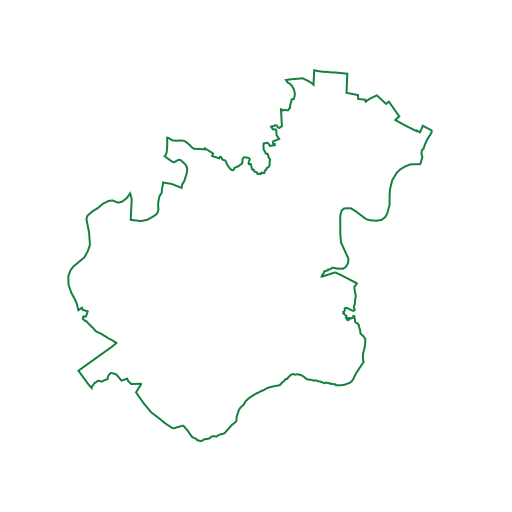 the district of Ardusat, Maramures, Romania, rotated 259°
{"feature_id": "2599482B14412125408944", "entity_name": "Ardusat", "entity_type": "district", "adm_level": 2, "iso_a3": "ROU", "parent_name": "Romania", "parent_adm1": "Maramures", "projection": "natural_earth1", "projection_center": [23.375, 47.634], "detail": "fine", "context": "isolated", "style": "outline", "palette": "green", "viewbox_px": 512, "rotation_deg": 259, "n_neighbors": 0, "source": "geoboundaries", "source_scale": "gbopen_adm2", "svg_char_len": 6086}
<svg xmlns="http://www.w3.org/2000/svg" viewBox="0 0 512 512"><g transform="rotate(259 256 256)"><path d="M427.2,348.6L413.1,345.1L414.8,343.9L417.3,341.3L421.5,335.8L422.9,322.9L423.0,319.0L420.4,320.1L418.8,322.0L416.0,323.8L412.1,325.0L408.5,325.1L407.1,324.9L404.2,323.8L402.9,323.1L402.8,322.4L403.1,321.5L402.8,320.9L396.7,318.0L394.8,317.7L394.5,316.8L393.0,315.4L392.9,315.0L393.2,314.0L394.1,311.8L393.6,310.5L394.5,309.7L395.2,308.5L378.4,306.2L377.3,303.3L377.4,302.8L377.9,302.3L378.9,301.7L380.0,301.4L380.4,300.9L380.7,299.4L380.1,298.0L380.2,296.7L380.1,295.5L377.0,296.8L376.9,297.0L376.6,299.3L375.8,300.0L373.5,299.5L370.6,299.3L366.5,301.1L365.3,294.8L364.3,294.4L362.7,294.4L362.4,294.7L362.3,295.8L361.2,295.6L361.4,290.8L364.3,289.5L365.1,288.1L364.9,286.5L365.2,285.3L364.9,285.0L362.9,284.3L358.4,283.9L357.0,284.7L354.7,285.1L354.3,285.9L354.3,286.5L353.6,287.0L350.0,287.2L348.8,288.1L347.6,288.2L345.6,287.2L343.7,287.1L342.9,286.8L340.9,285.4L340.1,283.2L339.6,282.8L338.6,282.5L338.3,281.2L338.0,280.9L336.0,280.2L335.8,279.6L335.9,279.0L336.8,277.6L335.5,276.3L336.3,275.2L336.0,273.9L336.1,273.4L337.1,272.8L338.2,272.5L339.2,270.5L341.0,270.3L341.4,270.0L341.5,268.9L342.2,268.6L347.2,268.5L347.5,268.0L347.3,267.0L347.4,266.6L347.8,266.5L348.4,266.4L349.6,266.8L351.8,268.3L352.9,268.2L353.3,267.8L354.4,265.9L355.1,263.5L355.0,262.5L353.5,261.2L350.1,260.4L349.0,259.4L348.4,257.5L347.4,256.0L347.0,252.9L346.8,252.2L346.5,251.7L344.7,250.3L344.6,249.8L344.8,248.7L346.2,247.6L349.0,246.0L352.3,244.8L354.8,244.5L355.9,243.6L356.7,241.9L357.3,241.3L359.8,240.6L360.2,239.9L359.9,239.1L358.9,238.5L362.5,232.1L364.8,233.4L371.4,226.5L370.4,226.1L371.9,220.9L373.0,215.6L375.1,213.6L377.7,212.0L380.1,210.1L382.0,208.3L382.9,207.1L383.8,204.2L384.2,200.4L385.2,196.6L386.7,194.5L388.5,192.8L389.1,191.4L381.0,189.9L374.8,188.1L371.8,186.2L371.5,185.4L370.0,186.6L365.4,190.9L363.7,193.0L363.7,193.8L365.0,197.4L365.0,199.3L364.4,200.4L359.3,204.2L356.4,205.1L353.7,204.9L350.1,203.7L345.9,201.3L344.0,200.4L342.1,199.0L341.9,198.5L340.3,197.2L338.9,196.8L337.1,195.9L342.8,187.0L345.9,178.7L343.8,178.2L339.9,176.5L336.8,175.8L335.7,175.2L333.0,172.6L327.8,170.4L323.9,169.5L320.7,169.2L317.6,167.8L315.8,166.1L314.2,162.0L312.4,156.5L312.3,154.5L312.2,149.9L315.4,139.9L335.6,144.9L341.5,144.3L337.6,140.4L334.8,134.8L334.7,130.7L338.0,125.6L338.1,121.5L336.5,115.7L333.4,110.3L331.0,103.9L327.6,98.1L324.6,96.6L310.6,96.6L298.5,95.1L292.7,91.7L287.4,87.3L280.6,74.8L277.3,71.2L272.2,68.0L263.6,66.5L255.2,67.7L246.7,70.3L242.8,71.0L236.7,71.3L238.4,75.3L236.2,75.6L233.8,80.2L229.3,77.8L228.9,76.9L229.6,75.8L229.6,75.2L229.2,74.7L228.2,74.5L227.7,74.0L227.4,74.0L224.8,75.9L224.5,76.8L224.2,77.2L222.1,78.3L215.9,82.6L212.6,84.5L208.5,90.1L207.3,91.1L204.9,93.9L203.3,95.3L201.6,97.7L197.3,102.4L194.6,97.6L177.3,59.8L162.0,67.0L157.8,69.5L159.2,70.0L160.4,71.7L162.0,72.9L162.6,74.9L163.7,76.9L163.6,77.5L162.1,80.9L162.9,83.2L163.5,86.9L165.1,87.3L166.3,88.0L168.4,90.2L168.8,91.3L168.0,93.6L166.4,96.3L159.3,100.2L160.2,106.1L157.9,106.6L154.2,109.0L152.5,118.6L152.0,118.7L145.0,112.2L132.1,118.0L122.4,123.4L114.8,130.2L109.6,134.4L103.2,140.9L102.5,142.7L103.0,145.6L102.9,146.9L103.4,150.3L103.4,151.4L103.1,152.4L97.6,155.6L90.4,158.8L87.8,162.5L86.3,163.2L86.1,164.2L84.8,166.2L84.9,167.4L86.1,171.2L85.7,172.7L85.8,173.3L85.7,174.1L85.9,174.9L85.8,175.7L87.0,177.3L87.3,179.0L87.3,179.8L86.3,182.7L87.1,184.5L87.7,186.8L87.7,189.6L88.1,191.4L95.1,200.4L95.2,201.0L97.0,204.4L98.2,205.4L101.7,206.3L107.9,209.7L110.4,212.1L112.4,215.6L115.3,218.0L117.8,221.9L119.7,226.5L121.4,231.4L121.2,231.8L122.4,235.0L122.8,237.8L124.1,241.5L124.6,244.9L124.6,247.4L124.8,250.7L124.5,252.8L124.7,253.2L124.7,254.8L125.6,255.7L125.9,256.6L126.6,257.0L127.9,259.7L128.7,260.7L129.5,261.2L129.3,263.1L129.8,263.7L130.4,263.9L132.6,267.5L133.0,268.6L132.9,270.1L132.0,271.9L132.1,273.9L130.7,277.1L129.8,278.4L127.9,280.3L126.1,281.6L124.8,283.5L124.3,285.6L122.6,289.1L122.5,289.9L122.6,290.9L121.1,293.3L120.8,294.7L120.1,295.4L118.9,297.9L118.0,299.0L118.4,300.6L117.4,302.7L117.1,304.0L116.4,304.4L116.2,304.9L116.2,306.0L115.3,307.5L115.2,308.9L114.6,309.7L113.9,309.7L113.0,313.8L112.7,318.0L113.7,324.2L115.0,326.4L116.8,328.1L121.9,331.9L131.5,341.4L133.1,341.2L139.4,342.3L145.2,345.1L150.0,346.7L153.5,347.4L156.1,346.5L157.9,345.3L159.6,343.8L163.9,344.0L167.5,343.5L168.6,343.8L170.4,342.9L171.1,341.7L172.4,340.8L173.0,340.7L174.8,341.1L175.9,340.8L178.3,340.9L178.5,340.2L177.0,340.3L177.1,339.3L176.8,338.6L176.8,337.8L176.5,337.5L176.6,336.9L177.3,336.1L175.9,335.1L176.7,334.7L175.7,333.6L176.1,333.3L177.4,334.5L177.7,333.6L177.6,333.4L178.2,333.0L177.9,332.7L178.4,332.4L179.8,333.4L182.8,330.9L183.1,330.8L183.3,331.4L184.4,331.1L184.5,331.6L185.0,332.2L186.1,333.0L187.5,333.0L188.1,334.0L187.3,335.8L183.8,340.5L183.6,341.7L184.0,342.4L185.3,342.8L186.8,342.2L188.3,342.7L189.8,343.8L195.3,345.3L197.3,346.3L205.9,346.4L206.8,346.7L209.9,349.8L221.0,335.9L224.5,331.1L224.7,330.6L224.7,329.4L223.5,319.9L223.2,316.9L223.3,316.5L224.3,317.1L226.7,319.6L227.9,320.0L228.0,321.7L228.4,323.3L228.1,323.7L228.3,324.0L228.9,324.1L228.9,326.8L230.0,328.7L228.0,333.8L226.9,339.0L228.2,342.1L231.4,345.0L235.7,346.2L253.3,342.0L261.1,342.9L279.2,346.3L284.4,348.8L285.9,351.7L284.8,358.1L281.3,362.0L271.0,371.3L269.1,375.3L267.6,381.2L267.5,386.1L269.5,390.2L273.0,393.1L280.8,396.9L290.5,398.8L296.8,400.6L304.5,404.3L310.6,409.8L313.4,413.9L315.3,419.0L316.5,425.2L314.8,434.8L321.3,438.2L323.0,437.9L324.5,438.0L326.0,438.2L327.6,438.9L328.9,439.9L329.4,440.6L329.3,440.9L333.1,443.0L336.1,445.1L339.5,447.8L341.9,450.4L344.0,452.0L345.0,452.2L345.9,452.2L352.0,444.6L346.1,440.6L348.6,437.5L348.1,437.2L356.0,426.9L362.9,418.7L364.4,420.9L365.6,423.3L382.2,415.9L380.5,412.7L390.6,405.3L389.1,399.3L388.3,396.9L386.5,393.2L387.7,392.8L388.5,393.2L390.7,386.2L394.5,386.8L398.9,376.0L417.5,380.4L421.4,367.6L421.5,366.1L423.6,359.3L423.6,358.3L426.0,351.2L426.9,349.7L427.2,348.6Z" fill="none" stroke="#15803d" stroke-width="2"/></g></svg>